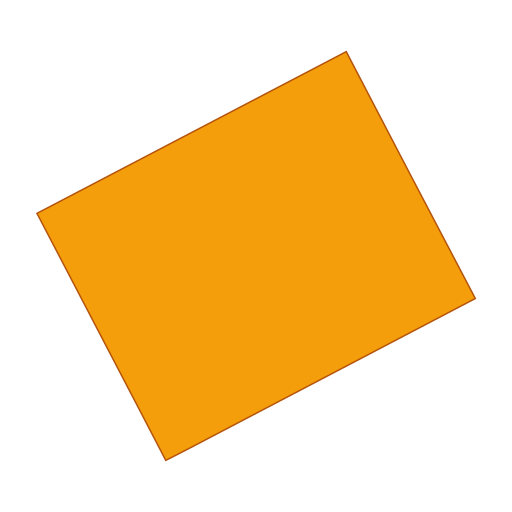 Dade, Missouri, United States of America (Albers equal-area conic projection), rotated 331°
{"feature_id": "52423323B68885039178612", "entity_name": "Dade", "entity_type": "district", "adm_level": 2, "iso_a3": "USA", "parent_name": "United States of America", "parent_adm1": "Missouri", "projection": "albers", "projection_center": [-93.847, 37.432], "detail": "fine", "context": "isolated", "style": "filled", "palette": "amber", "viewbox_px": 512, "rotation_deg": 331, "n_neighbors": 0, "source": "geoboundaries", "source_scale": "gbopen_adm2", "svg_char_len": 264}
<svg xmlns="http://www.w3.org/2000/svg" viewBox="0 0 512 512"><g transform="rotate(331 256 256)"><path d="M430.4,260.2L434.0,121.0L85.1,112.5L79.5,335.0L78.0,391.0L102.0,391.8L427.2,399.5L430.4,260.2Z" fill="#f59e0b" stroke="#b45309" stroke-width="1.5"/></g></svg>